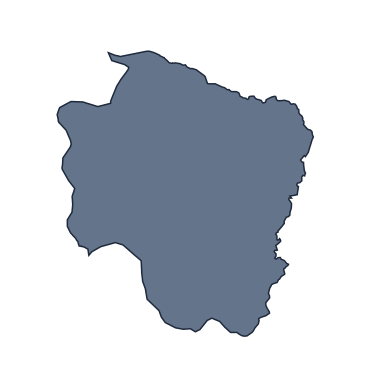 Gibi, Margibi, Liberia (Albers equal-area conic projection), rotated 261°
{"feature_id": "62588387B31480436327445", "entity_name": "Gibi", "entity_type": "district", "adm_level": 2, "iso_a3": "LBR", "parent_name": "Liberia", "parent_adm1": "Margibi", "projection": "albers", "projection_center": [-10.006, 6.564], "detail": "fine", "context": "isolated", "style": "filled", "palette": "slate", "viewbox_px": 384, "rotation_deg": 261, "n_neighbors": 0, "source": "geoboundaries", "source_scale": "gbopen_adm2", "svg_char_len": 4607}
<svg xmlns="http://www.w3.org/2000/svg" viewBox="0 0 384 384"><g transform="rotate(261 192 192)"><path d="M160.8,287.6L164.8,288.5L167.1,287.7L169.6,286.3L170.9,287.0L170.4,289.3L172.7,288.1L172.7,292.6L172.9,295.6L173.7,295.7L180.8,298.0L181.3,297.0L182.9,296.6L184.2,297.6L184.3,298.5L184.4,300.0L185.9,302.2L189.9,302.8L191.0,304.1L190.3,305.8L192.7,306.7L192.8,307.0L195.7,306.3L201.3,306.5L203.8,306.8L204.4,305.3L206.6,304.2L210.4,308.5L209.2,309.5L212.8,312.9L216.2,314.6L218.8,315.8L219.1,316.0L223.4,318.1L224.7,318.7L227.3,320.4L227.5,320.5L229.4,319.9L229.8,319.9L232.9,319.9L234.6,318.7L235.9,316.0L241.2,312.6L242.5,313.3L244.2,313.5L244.7,313.2L246.0,312.5L247.4,313.0L249.9,312.4L251.4,310.9L253.2,310.0L256.9,310.3L257.9,309.0L259.6,309.0L262.5,307.8L263.3,305.8L263.1,303.7L265.8,302.1L266.3,301.7L267.0,300.0L268.1,297.9L268.3,294.0L268.7,291.1L270.2,289.8L272.5,289.8L273.5,289.1L273.5,286.3L272.7,283.2L271.5,279.8L269.1,278.5L269.0,278.0L268.8,276.2L269.8,275.3L270.6,275.1L271.5,274.8L272.6,272.8L273.4,270.7L274.5,269.3L277.0,268.1L277.4,264.5L277.0,263.2L275.6,262.6L275.1,262.4L274.8,261.0L276.2,259.9L276.6,258.4L276.9,257.1L277.7,256.6L278.8,254.6L282.4,253.8L282.7,253.6L284.1,251.7L284.4,250.2L285.0,246.6L286.0,245.6L286.9,244.9L287.4,244.5L287.4,243.9L287.5,242.8L289.2,241.2L290.0,240.4L290.8,238.5L294.5,232.9L295.3,231.7L295.6,229.4L296.3,225.2L296.7,224.3L297.6,224.1L301.0,223.5L302.2,223.3L303.8,223.1L305.2,222.1L307.1,220.2L312.0,215.4L312.7,214.1L313.6,212.2L313.8,211.9L314.0,210.8L314.2,209.6L316.2,206.6L316.6,206.4L318.6,205.4L318.6,203.1L320.7,200.2L322.1,195.7L322.1,194.1L322.5,193.0L322.2,192.9L322.2,192.2L323.2,189.7L325.7,188.0L328.3,185.8L329.0,185.6L329.3,184.9L331.6,181.6L332.1,181.5L334.2,178.5L336.0,175.5L337.0,173.4L337.8,171.7L338.1,168.8L337.0,142.4L338.0,140.3L339.0,137.4L340.4,135.1L342.7,131.2L341.4,131.5L334.4,133.3L333.1,135.8L328.4,145.4L327.8,146.0L325.1,149.0L324.9,149.1L324.6,148.9L322.7,147.9L318.8,144.0L317.6,142.8L315.8,140.9L315.4,140.5L314.1,139.2L311.5,137.0L310.5,136.1L309.4,135.1L309.0,134.8L308.4,134.3L307.9,134.0L307.8,133.9L307.3,133.6L305.3,132.4L298.2,128.1L294.8,126.1L294.5,125.9L292.3,125.5L291.1,112.4L291.3,111.9L291.6,111.4L292.5,109.4L292.7,109.1L294.0,106.4L295.4,103.6L295.5,103.3L298.0,98.3L300.3,86.6L299.4,84.0L298.3,80.8L297.7,79.1L297.1,77.4L296.5,75.7L296.3,75.2L296.0,74.5L295.1,73.9L293.7,73.1L292.5,72.5L291.6,72.0L290.2,71.3L289.4,70.9L288.5,71.0L284.6,71.2L282.7,71.0L282.1,71.4L281.5,71.4L281.5,71.5L274.4,76.2L272.8,77.3L272.1,77.5L261.8,80.1L261.4,80.1L257.9,80.2L256.7,79.3L255.9,79.2L252.1,75.7L250.3,74.0L245.8,69.8L239.2,68.4L236.0,67.3L235.4,67.5L234.7,67.4L222.9,71.8L222.5,72.0L214.2,76.5L213.8,76.7L207.5,73.5L206.3,72.9L203.6,72.7L198.1,72.2L190.8,70.3L184.0,64.5L183.4,64.4L177.4,63.5L176.3,63.9L172.3,65.1L170.5,65.7L168.4,67.2L167.9,67.4L167.6,67.6L164.5,69.8L162.7,70.4L160.6,71.6L158.3,71.7L157.3,72.0L156.4,72.0L156.0,72.9L156.0,73.8L155.8,74.4L155.5,74.3L154.7,76.6L152.9,78.9L151.8,80.3L151.7,80.3L148.0,80.2L145.6,80.2L148.7,83.8L152.3,93.4L154.0,108.4L151.5,113.5L150.9,114.8L150.4,115.7L138.7,125.4L134.3,129.2L132.1,131.0L130.7,130.9L122.2,130.0L120.2,129.7L115.0,129.5L111.5,129.3L103.8,130.8L93.1,130.9L85.9,136.4L79.9,140.9L73.1,142.2L67.2,145.2L61.8,152.6L60.8,154.0L60.4,154.6L57.8,161.9L57.2,169.0L53.4,173.5L54.9,178.3L55.8,179.3L62.8,187.0L63.6,189.7L64.3,191.8L59.8,199.1L53.4,203.2L47.3,208.1L47.2,208.3L46.6,212.4L46.4,213.3L46.2,214.5L44.5,216.0L42.4,218.6L41.4,221.1L41.3,223.9L43.9,229.3L45.1,230.7L48.0,233.0L51.4,236.9L54.7,238.2L56.4,237.9L57.2,239.8L57.5,240.8L57.9,243.3L58.3,245.7L60.2,249.6L61.3,249.6L61.9,249.5L65.1,248.1L68.6,247.2L71.0,247.5L73.7,250.4L75.1,252.0L75.3,252.1L77.6,252.3L78.5,252.0L79.7,251.6L81.3,252.2L84.2,253.5L84.7,253.6L85.7,254.5L88.3,256.4L88.5,257.5L88.6,257.8L88.8,258.3L89.3,261.8L90.7,262.9L91.9,263.7L92.3,264.8L94.6,267.0L96.3,270.7L96.8,270.8L101.0,270.4L101.8,270.6L102.3,272.0L103.5,273.2L104.5,275.2L104.7,275.5L105.5,276.0L106.7,274.3L107.9,273.6L109.8,272.5L110.6,271.3L111.2,270.2L111.5,269.7L113.5,268.9L113.7,266.7L112.5,264.5L113.2,263.7L114.1,263.5L115.6,265.0L118.0,265.3L119.3,264.2L120.4,263.8L121.4,264.6L121.1,266.0L121.2,267.2L122.7,266.9L126.1,266.4L127.2,268.5L128.9,271.1L129.1,271.4L129.7,271.9L131.1,271.8L132.2,271.2L131.2,270.2L131.3,268.6L132.1,268.5L134.8,268.9L135.8,268.9L137.3,268.1L138.5,268.9L138.9,270.7L139.9,270.7L143.9,275.4L146.5,278.2L148.7,278.4L152.3,281.2L152.6,283.4L153.8,285.0L156.5,285.6L160.5,287.5L160.8,287.6Z" fill="#64748b" stroke="#1e293b" stroke-width="1.5"/></g></svg>